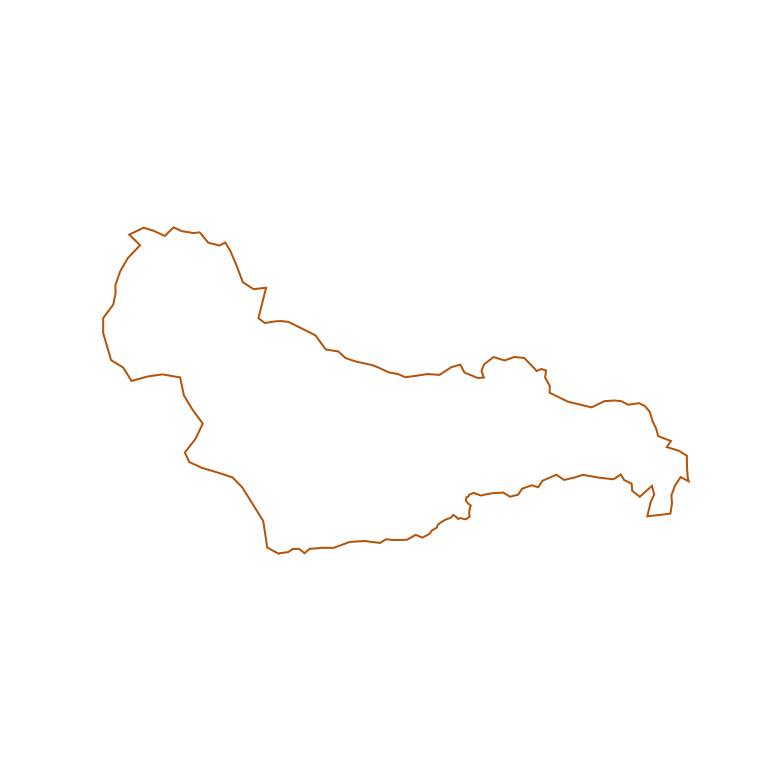 outline of Agios Ioannis Lemesou, Limassol, Cyprus, rotated 58°
{"feature_id": "46923920B2789519030160", "entity_name": "Agios Ioannis Lemesou", "entity_type": "district", "adm_level": 2, "iso_a3": "CYP", "parent_name": "Cyprus", "parent_adm1": "Limassol", "projection": "equal_earth", "projection_center": [33.017, 34.893], "detail": "fine", "context": "isolated", "style": "outline", "palette": "amber", "viewbox_px": 768, "rotation_deg": 58, "n_neighbors": 0, "source": "geoboundaries", "source_scale": "gbopen_adm2", "svg_char_len": 2313}
<svg xmlns="http://www.w3.org/2000/svg" viewBox="0 0 768 768"><g transform="rotate(58 384 384)"><path d="M408.0,309.1L405.4,318.0L405.7,332.1L398.5,342.0L393.9,352.8L389.5,362.4L382.9,366.9L376.9,373.6L367.4,379.8L361.7,384.0L350.4,395.6L341.6,402.9L332.3,405.4L323.8,415.1L306.3,416.4L280.7,432.1L275.7,438.4L272.7,444.2L269.2,452.7L261.6,455.6L239.9,433.0L234.4,444.4L222.9,449.8L214.5,448.1L205.2,446.2L189.5,443.8L179.8,443.7L179.5,450.0L171.0,458.2L158.4,459.8L157.6,460.2L155.0,465.6L147.2,474.5L139.6,479.5L142.3,491.4L131.7,498.4L124.1,505.0L122.3,520.9L137.1,517.3L141.4,534.5L148.7,548.1L157.8,559.4L159.2,560.2L165.0,563.7L173.2,571.6L179.3,587.2L192.1,595.2L219.1,602.8L231.8,596.5L234.3,596.5L247.6,596.5L252.4,580.3L258.5,566.7L270.4,553.4L287.4,559.7L304.0,560.0L321.6,558.7L330.7,573.0L336.5,589.2L347.1,590.5L359.0,582.6L367.5,575.0L374.1,569.3L382.9,562.0L396.6,559.0L417.2,559.0L436.1,559.0L460.9,569.7L472.1,563.3L472.0,562.6L475.8,554.4L475.5,548.9L478.8,543.3L485.4,541.1L484.3,534.5L487.1,529.4L490.1,523.3L496.3,513.5L499.7,496.9L506.9,483.6L516.6,471.7L516.8,464.5L521.7,458.2L528.3,447.0L528.7,437.0L534.6,432.9L534.8,430.7L535.2,425.2L533.5,420.5L533.8,415.5L531.8,412.6L531.5,408.4L531.5,404.6L532.2,401.3L532.8,398.1L531.7,394.7L534.6,393.3L537.9,392.6L537.9,390.6L542.1,386.4L541.9,381.7L538.4,380.1L535.6,377.8L533.0,374.8L529.9,376.0L526.2,376.4L523.8,374.2L524.1,372.0L523.0,370.2L524.0,365.5L529.9,361.0L532.0,355.0L534.4,349.3L539.2,340.5L546.4,336.8L548.9,328.9L546.0,322.5L548.1,312.5L553.3,307.9L550.0,301.0L552.3,285.9L560.8,282.1L564.4,271.6L566.5,263.4L577.4,251.3L586.4,239.9L586.2,231.2L592.8,231.2L599.8,226.8L606.0,230.1L615.2,226.8L612.4,210.7L621.0,213.5L625.5,220.5L635.7,230.8L640.8,220.3L645.7,209.8L637.8,203.0L630.8,199.3L624.4,191.1L620.1,181.8L628.0,177.2L623.8,175.8L616.4,171.8L605.3,165.2L597.1,169.2L587.3,177.6L584.4,170.9L573.5,179.1L565.9,176.8L558.6,176.1L548.4,173.4L541.4,174.3L535.5,177.7L530.9,188.0L524.6,191.6L520.1,197.3L515.4,206.1L513.8,220.4L506.1,227.9L496.6,237.3L486.2,243.8L479.1,248.2L473.5,244.4L463.9,244.0L458.6,239.5L454.7,242.5L453.8,247.9L451.9,247.9L436.2,251.3L430.1,259.2L428.0,269.2L419.2,276.8L420.4,288.8L424.5,294.3L431.4,295.9L428.6,301.3L416.9,309.7L408.0,309.1Z" fill="none" stroke="#b45309" stroke-width="2"/></g></svg>